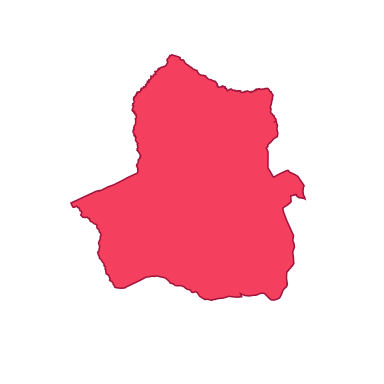 Sikonge, Tabora, United Republic of Tanzania (Mercator projection), rotated 65°
{"feature_id": "72390352B96655451787370", "entity_name": "Sikonge", "entity_type": "district", "adm_level": 2, "iso_a3": "TZA", "parent_name": "United Republic of Tanzania", "parent_adm1": "Tabora", "projection": "mercator", "projection_center": [32.873, -6.086], "detail": "fine", "context": "isolated", "style": "filled", "palette": "rose", "viewbox_px": 384, "rotation_deg": 65, "n_neighbors": 0, "source": "geoboundaries", "source_scale": "gbopen_adm2", "svg_char_len": 5961}
<svg xmlns="http://www.w3.org/2000/svg" viewBox="0 0 384 384"><g transform="rotate(65 192 192)"><path d="M150.8,306.4L155.2,306.4L155.8,305.7L156.1,304.9L156.2,302.4L158.2,301.9L158.8,301.1L159.3,300.9L160.8,301.5L162.0,301.2L162.8,300.5L163.4,300.5L164.7,301.1L165.4,302.2L166.3,302.6L167.1,302.1L168.7,301.7L169.3,300.2L169.8,300.0L170.2,299.1L170.6,297.4L172.4,297.1L172.7,296.1L174.5,296.6L175.8,296.3L176.9,295.3L179.8,293.8L180.9,292.4L182.3,292.2L183.0,292.8L184.5,293.3L185.6,293.0L186.5,292.2L189.2,292.9L190.0,292.4L191.6,292.3L192.9,292.7L193.6,294.1L195.5,294.8L197.1,296.4L197.3,297.1L198.1,297.3L198.5,298.2L202.8,298.9L204.4,300.4L205.9,300.9L206.7,302.9L209.3,303.5L211.2,303.3L212.8,303.9L214.7,303.1L217.8,302.7L219.1,302.2L220.1,302.1L221.5,302.9L222.0,302.4L222.6,302.6L223.4,302.1L224.6,303.1L225.7,303.4L226.1,303.0L228.2,304.0L230.2,304.3L231.1,303.2L231.6,303.3L232.8,302.7L234.9,303.0L236.0,302.9L236.5,303.6L237.3,304.0L240.3,302.1L241.1,302.0L242.3,302.5L244.0,301.9L245.4,302.3L246.6,301.3L249.2,297.2L250.6,293.3L250.3,292.1L250.2,277.4L249.8,269.5L250.8,266.5L251.4,263.7L252.8,261.4L253.3,258.9L255.1,257.1L256.9,254.5L259.0,252.3L263.1,250.5L265.1,250.3L267.6,247.8L269.7,246.6L270.5,245.4L272.6,240.8L273.6,240.4L274.7,239.0L276.2,238.7L278.2,237.4L279.9,235.2L281.2,234.7L282.2,234.8L283.1,234.3L283.8,232.7L283.7,231.2L284.0,230.8L285.3,229.8L289.8,229.1L295.0,225.7L295.2,224.5L296.2,222.7L298.6,219.7L298.3,218.5L299.2,216.5L299.3,214.5L301.4,208.2L302.1,202.7L305.5,197.2L307.1,193.9L307.9,191.2L304.7,191.1L308.2,187.8L310.3,184.2L311.8,179.3L312.6,177.8L312.8,172.9L313.9,170.1L314.9,169.1L322.2,166.5L323.3,165.7L324.6,163.4L325.1,160.2L325.0,157.4L323.3,155.0L319.1,150.5L317.7,146.2L316.0,144.6L310.0,142.8L304.9,140.1L304.1,138.8L304.0,137.8L303.2,136.9L302.5,134.7L301.4,133.1L301.5,132.1L300.5,131.4L300.3,130.6L299.5,129.7L297.3,129.1L296.3,128.5L288.8,126.0L285.4,122.5L282.1,121.4L279.3,121.3L277.7,120.7L274.5,118.4L257.8,118.2L248.7,117.5L245.4,116.7L244.7,115.4L244.0,110.3L243.6,109.5L243.7,108.6L242.6,106.2L237.3,104.3L238.1,100.2L237.8,99.4L238.1,98.8L238.8,98.9L238.9,98.5L240.4,98.6L240.4,98.4L241.2,98.2L242.8,96.9L243.4,95.4L244.3,94.7L245.3,93.0L246.1,92.5L244.1,92.1L242.1,92.3L238.4,91.2L235.5,89.5L233.6,87.7L222.5,89.5L220.0,91.1L215.1,95.3L213.3,95.5L212.9,96.0L212.6,97.0L212.6,105.2L213.0,111.7L212.4,112.0L202.1,112.9L187.7,106.1L183.5,106.0L183.0,104.0L181.6,103.6L181.1,102.9L180.1,99.4L178.2,95.2L177.9,91.3L175.1,89.4L170.9,88.5L169.3,87.6L168.5,86.7L167.5,86.3L165.1,86.2L163.9,85.8L163.6,85.8L163.3,86.8L163.0,85.7L161.2,85.1L160.2,85.7L158.6,85.7L157.7,85.4L156.4,86.2L155.2,86.3L153.7,87.2L152.2,86.7L150.4,85.4L149.6,85.6L149.3,85.1L148.7,85.4L148.1,85.3L146.5,83.5L142.5,80.6L141.9,79.7L140.6,79.4L138.6,77.6L135.2,78.2L134.5,77.9L133.5,79.1L131.7,78.9L130.0,79.6L129.7,80.9L129.1,81.8L129.2,83.7L128.6,84.1L128.0,86.6L127.2,86.9L126.8,87.3L127.0,87.8L126.5,88.1L126.7,89.6L126.1,90.0L126.4,90.3L126.1,90.7L126.6,90.9L126.3,91.3L126.8,92.1L126.3,92.4L126.7,94.1L126.6,95.1L126.3,95.2L127.0,96.1L126.7,96.5L125.7,96.8L125.5,97.6L123.7,99.2L123.8,100.5L123.7,101.2L123.3,101.3L123.1,102.4L123.6,103.1L122.4,105.4L120.9,105.3L120.8,105.7L120.4,105.9L120.5,106.6L119.9,106.8L119.9,107.7L119.5,107.8L119.4,109.1L118.4,109.7L118.5,110.1L117.8,110.3L117.1,112.1L115.4,112.7L115.0,113.4L114.9,115.2L115.3,117.1L113.5,117.4L112.8,116.9L111.9,118.2L110.7,117.5L110.0,118.6L109.2,119.0L108.7,119.6L108.8,120.3L109.5,120.7L108.8,121.4L108.3,123.9L107.2,124.2L106.9,123.8L106.4,123.8L106.1,124.2L105.6,123.7L104.6,123.4L103.6,123.9L101.7,123.9L101.4,124.8L100.6,125.1L100.5,125.6L99.1,126.8L98.3,127.1L97.8,128.3L96.3,129.6L93.3,130.8L92.6,130.5L92.2,130.9L91.5,132.1L90.9,132.4L90.8,133.3L90.2,134.1L88.3,135.7L85.8,136.2L84.0,136.1L83.6,136.3L83.2,137.3L82.0,138.0L81.2,139.1L78.8,139.8L78.7,140.3L74.7,142.3L74.1,143.1L73.1,143.2L71.3,144.1L70.5,143.7L68.8,144.0L68.2,144.7L68.0,145.7L66.7,146.7L66.2,146.7L65.3,145.9L63.8,147.1L59.1,152.3L59.5,153.2L58.9,154.3L59.6,154.7L60.0,155.9L60.6,156.6L61.0,158.1L62.2,159.2L63.4,158.9L64.5,159.5L66.2,161.9L66.7,164.0L66.2,164.8L66.5,165.6L66.0,166.6L66.1,168.8L67.0,169.5L66.9,169.8L66.0,169.8L66.0,170.2L66.3,171.0L67.0,171.2L67.3,171.7L67.6,173.0L67.1,174.4L67.3,174.8L68.2,174.4L68.8,175.1L69.8,175.2L69.5,176.6L69.9,177.9L70.9,178.5L70.3,179.9L69.6,180.2L69.9,180.5L71.5,180.9L71.6,181.4L72.3,181.8L72.6,183.3L72.1,183.6L72.5,184.3L73.9,184.3L74.4,184.7L73.1,185.8L74.3,186.2L74.4,187.0L74.9,187.3L75.1,188.5L75.7,188.3L76.0,188.9L77.0,189.5L76.1,191.3L77.2,191.7L76.6,194.2L78.3,194.8L77.8,195.3L78.7,196.0L79.4,197.3L78.9,197.5L78.3,199.5L78.8,200.1L79.2,199.7L79.6,199.8L79.7,201.1L80.1,201.6L81.0,201.7L80.8,202.7L81.7,203.5L81.3,204.1L81.6,204.6L82.2,204.8L82.1,205.1L83.7,206.1L85.3,205.9L86.0,206.2L86.9,207.4L86.9,208.3L87.6,208.3L88.4,209.3L88.8,208.9L89.7,208.8L90.0,209.5L91.0,209.8L91.2,210.5L92.6,211.8L93.9,211.5L94.1,210.4L95.7,210.3L95.6,211.1L97.3,210.8L98.2,210.0L98.7,210.5L99.8,210.5L100.9,210.9L101.5,211.4L101.7,212.5L102.9,212.6L106.9,214.6L107.5,216.3L108.9,217.0L108.9,217.5L109.7,217.6L110.5,218.5L110.9,218.1L111.8,219.8L112.7,219.7L113.2,220.2L114.6,219.9L116.3,220.7L116.5,219.8L117.0,220.0L117.5,219.8L117.5,220.1L118.1,219.9L118.4,220.3L119.2,219.8L120.8,221.3L123.1,221.2L123.7,220.9L125.1,221.0L125.3,220.7L126.0,221.7L127.1,221.5L128.0,222.3L128.9,222.2L129.8,223.1L129.7,223.5L130.4,223.8L131.0,223.6L131.1,224.1L131.7,223.7L132.2,223.8L132.5,223.5L134.0,223.5L134.3,223.1L135.9,223.3L136.6,223.0L137.3,223.6L137.8,223.3L138.3,224.4L138.6,224.7L139.2,224.5L140.2,227.3L140.8,227.3L141.1,227.7L141.9,227.8L142.7,228.4L143.8,230.5L144.3,230.6L145.0,231.3L145.5,230.9L146.2,231.2L147.9,231.1L148.5,231.8L149.1,231.7L151.7,233.3L151.7,245.2L152.0,247.5L152.4,260.1L151.8,266.2L152.1,272.6L151.9,275.7L151.3,275.7L151.3,276.9L150.8,278.5L150.8,306.4Z" fill="#f43f5e" stroke="#9f1239" stroke-width="1.5"/></g></svg>